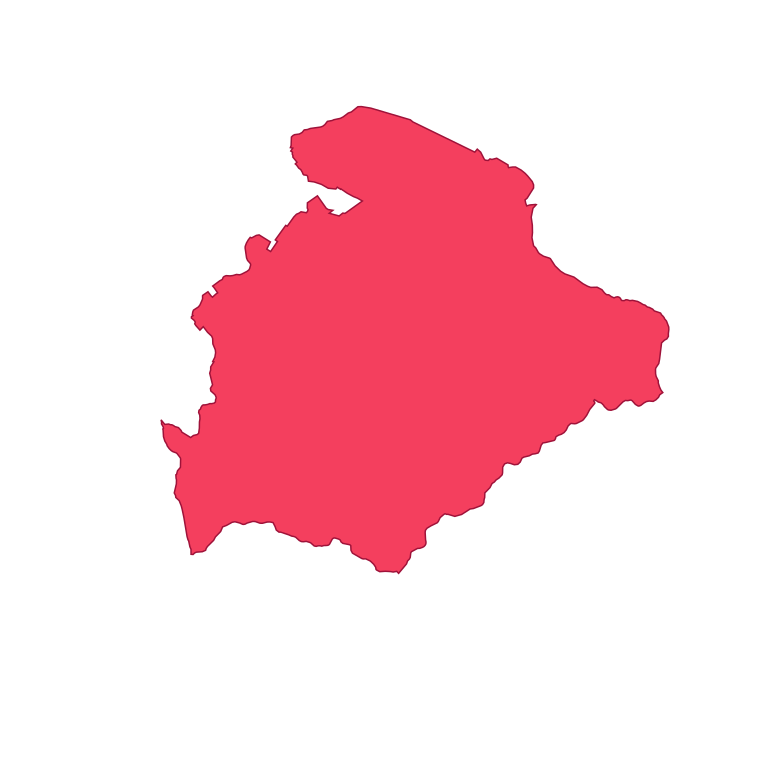 outline of Borod, Bihor, Romania, rotated 128°
{"feature_id": "2599482B12708100552042", "entity_name": "Borod", "entity_type": "district", "adm_level": 2, "iso_a3": "ROU", "parent_name": "Romania", "parent_adm1": "Bihor", "projection": "mercator", "projection_center": [22.631, 47.019], "detail": "fine", "context": "isolated", "style": "filled", "palette": "rose", "viewbox_px": 768, "rotation_deg": 128, "n_neighbors": 0, "source": "geoboundaries", "source_scale": "gbopen_adm2", "svg_char_len": 6159}
<svg xmlns="http://www.w3.org/2000/svg" viewBox="0 0 768 768"><g transform="rotate(128 384 384)"><path d="M232.9,603.3L236.2,603.4L239.1,604.6L242.6,608.0L244.2,608.7L246.4,609.0L253.3,604.0L255.4,603.3L254.3,601.1L257.8,600.9L257.7,598.8L259.3,597.9L260.1,596.4L261.3,595.5L262.8,589.1L265.2,589.4L265.3,587.7L266.4,584.1L266.3,581.6L267.5,578.6L268.4,577.2L268.6,575.9L267.1,573.4L267.3,572.1L270.7,568.4L267.8,563.5L265.2,556.2L264.1,548.5L260.0,542.0L257.7,542.0L257.3,538.1L256.8,538.1L256.3,530.5L255.1,523.4L253.9,519.3L253.1,513.7L273.5,519.7L274.7,521.7L279.2,522.8L283.2,532.3L278.6,531.2L280.9,535.4L281.1,537.7L276.7,552.3L288.4,555.9L292.6,552.8L293.4,551.2L294.9,550.6L296.8,550.6L299.4,555.4L301.8,556.2L304.1,557.5L307.9,557.9L319.2,557.4L319.5,559.1L337.4,558.4L337.3,555.7L349.4,554.9L349.9,559.4L342.0,561.0L343.4,574.2L345.5,576.1L350.3,578.2L350.8,579.7L353.8,579.7L357.5,579.2L361.0,578.1L362.4,577.1L369.3,569.9L370.6,567.6L371.4,563.4L372.2,562.4L375.6,561.0L377.2,560.7L379.6,561.3L385.4,564.0L386.9,565.1L388.5,567.7L391.5,569.8L393.6,571.9L395.8,575.1L397.7,576.2L399.0,576.4L401.2,575.8L403.9,577.0L412.3,579.3L412.7,577.2L414.6,571.2L416.8,571.9L421.2,572.6L421.0,574.7L419.7,579.5L425.6,581.4L426.2,581.3L428.3,579.6L429.4,579.1L435.0,577.7L437.5,577.7L443.1,579.6L445.1,579.0L447.6,577.6L447.7,576.5L449.4,577.2L450.6,576.4L450.7,573.1L451.1,571.5L451.7,570.7L453.1,570.2L453.8,568.1L454.9,562.2L450.1,561.7L451.9,554.8L452.4,549.3L453.6,547.1L457.8,543.5L460.9,538.0L463.1,535.9L467.0,533.8L471.8,532.8L471.3,531.7L477.2,531.1L479.7,529.2L482.8,528.0L490.2,518.6L494.3,518.1L496.1,516.2L496.5,510.5L497.5,508.6L498.3,507.6L500.2,507.0L501.9,505.8L503.5,506.0L505.6,507.7L506.6,509.1L508.8,510.5L510.8,512.3L511.4,513.2L512.4,513.9L513.3,514.0L515.2,513.8L516.7,513.2L518.6,513.6L520.6,512.5L522.0,510.0L524.7,507.6L527.5,506.1L532.5,502.3L537.0,499.7L538.9,500.1L541.9,502.5L545.2,503.4L546.4,513.6L545.5,515.4L544.9,519.1L546.3,522.6L546.3,524.1L546.7,526.0L547.5,527.1L548.1,529.0L550.8,531.9L549.5,537.6L551.2,535.6L552.4,534.8L553.8,531.5L554.7,530.5L555.6,530.6L556.3,529.7L561.3,525.3L563.9,521.6L565.3,518.0L566.2,516.8L567.2,513.4L567.5,510.6L567.3,508.7L566.2,505.3L566.2,504.3L567.6,499.0L568.3,498.1L575.0,493.1L579.5,493.3L583.0,491.8L583.7,492.1L586.3,489.8L587.3,488.5L590.6,486.1L599.0,482.2L600.2,479.6L601.6,478.2L602.0,473.6L604.8,468.8L607.0,465.9L612.4,459.5L625.5,445.2L627.4,442.6L628.0,441.2L631.8,436.7L633.1,434.3L637.0,431.2L635.9,429.5L633.7,429.2L632.0,428.3L628.0,423.9L624.9,422.2L623.0,422.9L620.7,423.1L612.1,422.0L608.3,422.7L600.8,421.9L596.0,423.2L592.3,421.0L586.4,418.5L584.3,416.6L582.4,412.2L581.6,409.0L580.9,408.0L579.8,407.1L577.9,406.3L573.2,402.9L571.7,400.9L570.1,396.2L569.4,395.1L568.4,393.9L564.7,391.1L562.8,388.7L561.5,386.1L563.5,381.9L565.4,379.0L565.4,375.6L564.4,374.3L561.5,366.2L560.7,363.1L559.6,361.0L559.1,359.2L559.5,354.4L559.1,352.2L558.0,350.5L555.9,348.4L554.7,345.4L554.3,344.1L554.6,339.3L553.7,337.5L552.1,336.3L550.9,334.9L550.1,333.2L548.4,332.0L546.3,329.5L545.0,328.5L543.7,328.3L538.0,329.3L536.7,329.0L535.6,328.0L534.1,324.2L533.9,322.4L534.9,320.6L534.9,318.3L531.7,311.9L531.8,310.7L535.4,307.6L536.7,304.7L535.2,294.1L534.7,292.8L533.0,290.7L532.0,286.3L532.0,284.9L532.4,281.1L533.5,277.8L535.1,276.0L535.1,274.9L534.5,271.8L530.8,267.7L527.8,263.4L526.5,261.0L523.8,258.6L524.2,255.9L511.9,255.5L508.9,256.5L506.3,256.2L504.4,256.6L500.5,259.0L499.2,259.1L493.0,256.4L491.4,254.6L488.9,253.0L487.3,252.4L485.6,252.3L484.2,252.6L482.7,253.6L481.1,255.4L475.5,260.3L473.7,261.3L471.1,261.3L466.9,259.7L460.5,256.6L458.8,256.6L454.7,257.5L449.7,256.5L448.7,256.0L448.1,254.3L447.3,253.4L444.7,246.7L439.0,242.5L429.5,239.2L427.1,236.9L420.2,232.7L418.4,232.1L415.9,232.4L413.6,233.9L411.4,234.8L407.7,237.5L400.4,236.7L395.9,237.6L393.3,236.7L390.5,236.6L387.4,235.5L382.8,235.0L381.1,235.8L376.4,239.3L372.7,239.8L370.1,238.2L368.7,235.4L367.4,231.6L364.9,229.1L361.7,228.6L357.5,229.6L355.5,228.8L351.1,225.3L347.9,223.9L345.9,221.9L343.5,220.1L341.2,220.3L335.4,222.5L332.6,222.5L330.7,220.7L323.9,215.3L323.2,215.0L321.5,215.2L320.2,215.9L319.3,215.9L316.8,214.9L314.4,213.3L311.4,212.2L308.0,212.1L303.7,213.1L300.4,212.6L299.9,212.3L297.9,209.2L296.7,208.1L290.9,205.3L289.4,204.9L283.8,205.0L277.3,206.2L269.5,206.0L268.6,206.8L268.4,208.0L268.1,208.3L266.8,208.5L266.4,206.6L266.3,204.1L265.3,201.7L265.2,200.4L265.6,197.7L266.1,196.6L266.5,192.2L266.2,191.0L264.9,188.9L261.1,186.2L259.9,185.8L251.0,184.7L248.4,183.7L247.0,181.6L245.0,180.0L244.5,179.0L244.4,178.1L245.3,173.4L244.9,170.3L244.4,169.5L242.8,168.5L238.9,167.5L236.3,166.4L234.2,164.6L232.0,161.2L229.1,160.0L225.5,159.5L222.7,160.1L219.1,159.0L218.3,162.0L216.6,165.2L214.3,168.5L212.6,169.8L210.5,174.2L208.8,176.2L205.4,179.0L204.0,179.7L198.7,180.1L194.8,182.1L180.7,190.6L176.8,190.0L174.3,188.9L171.4,189.2L169.3,190.9L165.7,193.1L163.8,194.7L160.5,200.1L159.8,203.3L159.2,204.2L158.7,206.5L158.6,208.0L157.9,209.4L157.9,210.1L160.0,216.0L159.6,218.4L160.3,222.0L161.2,223.9L161.1,226.8L161.9,228.8L162.2,231.9L162.8,235.0L165.1,239.7L167.0,241.6L167.8,243.9L168.6,245.2L170.5,246.1L171.8,248.0L171.7,248.9L171.0,250.3L170.8,251.7L171.3,253.4L172.6,254.7L174.5,255.8L175.2,258.8L175.3,261.7L176.6,263.7L176.5,266.3L175.5,270.3L176.5,275.6L180.6,280.6L181.6,283.7L182.5,289.0L182.8,300.1L185.9,309.3L186.4,314.2L185.6,321.9L182.8,330.1L183.0,331.3L185.1,336.9L185.6,341.5L185.4,343.2L183.3,348.3L183.0,351.2L177.6,357.5L173.4,360.1L167.5,364.9L161.9,370.7L153.8,374.8L148.9,374.4L149.1,375.0L153.1,379.3L155.8,381.2L154.3,383.6L152.1,386.2L149.5,385.6L137.5,386.8L135.0,388.7L133.2,391.8L131.6,399.0L131.1,402.5L131.0,407.7L132.0,413.9L133.7,416.1L136.8,419.1L136.1,420.2L135.0,421.1L136.7,434.2L140.6,437.2L141.4,439.1L143.7,439.5L145.3,442.0L145.1,443.5L141.8,450.5L141.5,455.1L145.4,455.2L159.7,522.5L159.6,525.9L174.7,564.2L179.3,572.6L181.6,575.3L189.7,577.2L192.5,579.0L198.6,580.6L201.6,582.0L206.6,586.2L208.3,587.1L211.9,590.3L216.1,590.3L218.7,591.0L220.7,592.3L228.0,599.4L230.6,601.0L232.9,603.3Z" fill="#f43f5e" stroke="#9f1239" stroke-width="1.5"/></g></svg>